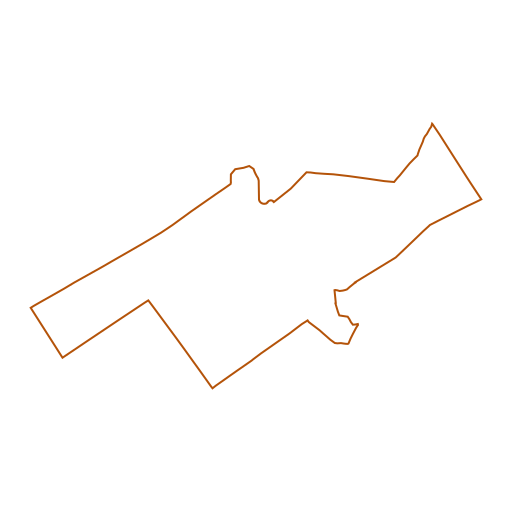 outline of Al Mayadin, Dayr Az Zawr, Syria
{"feature_id": "27442178B96470480022323", "entity_name": "Al Mayadin", "entity_type": "district", "adm_level": 2, "iso_a3": "SYR", "parent_name": "Syria", "parent_adm1": "Dayr Az Zawr", "projection": "albers", "projection_center": [40.466, 34.927], "detail": "fine", "context": "isolated", "style": "outline", "palette": "amber", "viewbox_px": 512, "rotation_deg": 0, "n_neighbors": 0, "source": "geoboundaries", "source_scale": "gbopen_adm2", "svg_char_len": 3431}
<svg xmlns="http://www.w3.org/2000/svg" viewBox="0 0 512 512"><path d="M62.5,357.7L87.6,340.8L117.9,320.5L144.8,302.6L148.3,300.4L149.3,301.7L152.4,305.8L166.0,324.2L177.0,339.1L185.0,350.1L194.2,362.9L198.7,369.1L211.1,386.5L212.5,388.3L215.9,385.6L230.5,375.3L236.9,370.8L251.6,360.6L252.9,359.5L261.0,353.4L289.6,333.4L301.8,324.1L306.4,321.2L307.6,320.4L308.7,322.0L319.4,330.1L323.1,333.4L330.3,339.7L334.8,343.0L337.0,343.3L337.9,343.3L341.0,343.1L343.4,343.5L345.8,343.8L347.8,343.9L348.5,343.5L350.6,338.5L352.9,333.9L356.0,328.0L357.6,325.5L358.0,325.0L357.8,324.0L355.3,324.5L352.9,324.7L350.9,322.1L349.4,319.2L347.7,316.7L343.0,316.0L339.3,315.4L337.9,311.7L335.4,303.3L335.8,303.1L334.5,290.2L335.2,290.0L337.2,290.3L339.6,291.0L342.8,290.6L345.3,290.0L347.0,289.4L349.8,286.9L354.0,283.5L355.4,282.6L355.1,282.3L395.7,257.5L407.4,246.4L423.2,231.2L428.7,226.2L429.9,225.0L438.9,220.4L467.5,206.0L475.7,202.1L479.6,200.2L481.3,199.3L470.8,183.4L466.4,176.6L453.1,155.8L439.8,134.9L432.5,124.1L432.1,123.7L431.2,126.8L429.6,129.0L428.3,131.4L426.8,134.1L425.0,136.3L423.8,138.5L422.8,141.7L420.9,146.1L419.3,149.7L418.8,151.3L417.9,153.9L417.5,155.5L413.7,159.2L409.6,163.4L405.3,168.6L399.8,175.4L397.3,178.1L394.1,182.0L384.2,181.1L367.7,178.7L348.8,176.1L333.2,174.3L324.2,173.8L318.6,173.4L315.7,173.2L310.6,172.5L306.5,172.3L290.8,188.6L273.8,202.1L273.7,202.0L273.7,201.9L273.6,201.7L273.4,201.6L273.3,201.4L273.2,201.4L273.1,201.2L272.9,201.1L272.7,201.0L272.7,200.9L272.4,200.8L272.3,200.7L272.2,200.7L271.9,200.5L271.7,200.4L271.4,200.4L271.2,200.4L270.9,200.3L270.7,200.4L270.4,200.4L270.2,200.4L270.0,200.5L269.9,200.5L269.7,200.6L269.4,200.7L269.2,200.8L268.9,200.9L268.8,201.0L268.7,201.1L268.4,201.3L268.2,201.5L268.0,201.8L267.9,201.8L267.8,202.0L267.7,202.0L267.6,202.3L267.4,202.4L267.4,202.5L267.2,202.6L267.1,202.8L266.9,202.9L266.9,203.0L266.7,203.1L266.5,203.3L266.4,203.3L266.2,203.4L266.1,203.5L265.9,203.5L265.7,203.6L265.4,203.7L265.2,203.7L264.9,203.7L264.8,203.8L264.7,203.8L264.4,203.8L264.2,203.8L263.9,203.8L263.7,203.8L263.4,203.7L263.2,203.7L262.9,203.6L262.7,203.6L262.4,203.5L262.3,203.4L262.2,203.4L261.9,203.3L261.8,203.2L261.7,203.2L261.4,203.0L261.2,202.9L261.0,202.7L260.9,202.7L260.7,202.5L260.6,202.4L260.4,202.2L260.2,202.0L260.1,201.9L260.0,201.7L259.9,201.6L259.8,201.4L259.7,201.4L259.6,201.2L259.5,200.9L259.4,200.8L259.4,200.7L259.2,200.4L259.2,200.2L259.1,199.9L259.0,199.7L259.0,199.4L258.9,193.5L258.7,180.7L258.6,180.4L258.6,180.2L258.5,179.9L258.4,179.7L258.4,179.4L258.3,179.2L258.2,179.0L258.2,178.9L258.2,178.7L258.1,178.4L258.0,178.2L257.9,178.1L257.8,177.8L257.7,177.7L257.5,177.4L257.4,177.3L257.4,177.2L257.2,176.9L257.1,176.7L256.9,176.4L256.7,176.1L256.6,175.9L256.5,175.7L256.4,175.5L256.3,175.3L256.2,175.2L256.1,174.9L255.9,174.6L255.8,174.4L255.7,174.2L255.5,173.9L255.5,173.7L255.4,173.6L255.3,173.4L255.2,173.2L255.1,172.9L255.0,172.7L254.9,172.6L254.9,172.4L254.7,172.1L254.6,171.9L254.6,171.7L254.4,171.4L254.4,171.2L254.2,170.9L254.2,170.7L254.1,170.4L254.0,170.2L253.9,170.1L253.9,169.9L253.8,169.6L253.7,169.5L253.7,169.3L253.6,169.2L253.5,168.9L249.2,166.0L243.6,167.8L235.2,169.2L230.9,174.3L230.8,180.7L230.9,182.5L230.6,184.0L224.5,188.3L216.0,194.1L191.2,211.4L172.4,225.1L161.0,232.7L141.5,244.3L111.7,261.4L103.1,266.4L74.5,282.4L64.0,288.7L40.7,301.9L33.9,305.8L30.7,307.8L62.5,357.7Z" fill="none" stroke="#b45309" stroke-width="2"/></svg>